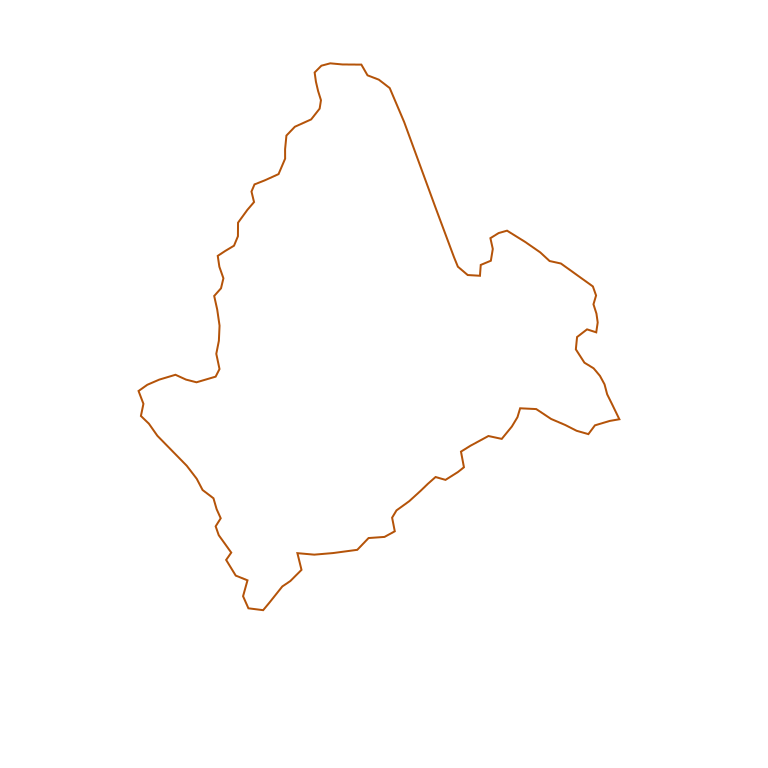 Pedra Bela, São Paulo, Brazil, rotated 121°
{"feature_id": "56859067B20014671939660", "entity_name": "Pedra Bela", "entity_type": "district", "adm_level": 2, "iso_a3": "BRA", "parent_name": "Brazil", "parent_adm1": "São Paulo", "projection": "equal_earth", "projection_center": [-46.441, -22.765], "detail": "fine", "context": "isolated", "style": "outline", "palette": "amber", "viewbox_px": 768, "rotation_deg": 121, "n_neighbors": 0, "source": "geoboundaries", "source_scale": "gbopen_adm2", "svg_char_len": 1726}
<svg xmlns="http://www.w3.org/2000/svg" viewBox="0 0 768 768"><g transform="rotate(121 384 384)"><path d="M646.1,384.7L640.1,371.1L630.3,369.6L609.9,366.9L601.1,362.8L585.8,359.0L573.6,371.1L566.2,355.9L555.3,340.8L539.9,321.5L524.0,317.9L514.8,304.8L504.7,298.9L494.4,308.2L485.9,308.2L471.4,302.0L456.7,297.6L447.0,295.0L437.2,291.9L434.5,281.9L421.4,275.3L414.2,272.6L402.3,283.2L392.4,278.1L374.8,267.7L370.4,254.8L354.6,252.5L343.7,252.5L334.7,254.8L327.1,240.6L327.9,222.8L325.8,207.5L324.9,194.8L321.7,183.0L310.8,181.9L299.4,171.5L293.0,164.1L283.6,178.5L277.9,187.4L270.7,194.8L265.8,203.1L262.6,212.4L262.5,223.2L255.5,237.4L244.3,242.7L232.6,238.1L230.4,228.7L221.2,232.5L214.3,238.1L207.8,245.5L198.9,247.8L192.8,255.2L189.6,294.4L193.3,305.4L190.7,317.9L189.5,336.4L189.2,357.5L195.6,363.5L204.2,367.9L212.2,360.3L223.3,355.9L232.1,362.4L241.8,357.5L247.5,368.4L245.4,381.1L239.1,389.5L206.5,430.4L149.1,501.6L127.4,531.5L125.8,545.2L127.9,557.1L121.9,567.9L131.5,584.2L136.8,595.2L143.4,601.6L152.7,603.9L160.0,598.0L166.8,591.4L173.2,584.2L181.1,581.0L194.7,582.7L209.4,592.9L221.3,595.6L233.7,589.7L241.8,584.8L258.4,582.5L271.0,591.2L279.6,597.8L287.3,596.7L295.0,589.1L305.1,590.8L320.9,592.2L332.6,585.3L342.7,583.8L351.7,588.6L359.8,592.5L368.3,585.5L376.1,576.1L385.9,573.0L396.0,574.9L406.1,565.3L418.7,555.0L432.0,547.8L444.5,543.3L455.9,532.7L464.4,532.1L479.1,545.6L482.2,556.0L483.5,567.5L496.0,578.9L506.6,586.5L516.4,590.8L524.9,580.0L536.6,575.9L539.1,565.1L545.1,551.6L555.7,510.9L561.7,495.7L568.3,484.9L569.8,471.3L577.5,463.0L583.2,454.8L592.7,455.0L598.7,447.8L607.2,428.1L616.1,428.7L624.6,412.4L622.6,399.9L638.5,395.5L646.1,384.7Z" fill="none" stroke="#b45309" stroke-width="2"/></g></svg>